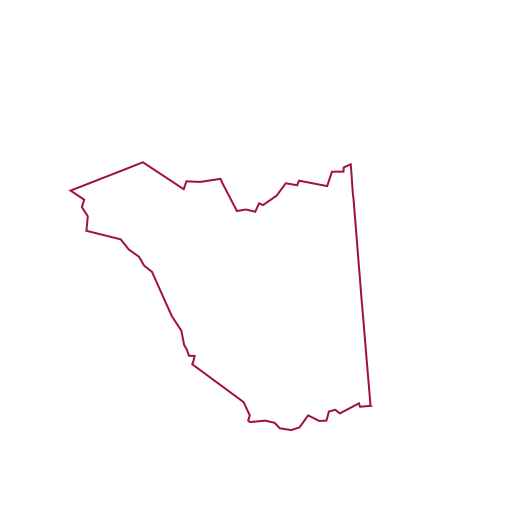 Columbus, North Carolina, United States of America (Robinson projection), rotated 220°
{"feature_id": "52423323B52623684418934", "entity_name": "Columbus", "entity_type": "district", "adm_level": 2, "iso_a3": "USA", "parent_name": "United States of America", "parent_adm1": "North Carolina", "projection": "robinson", "projection_center": [-78.658, 34.215], "detail": "fine", "context": "isolated", "style": "outline", "palette": "rose", "viewbox_px": 512, "rotation_deg": 220, "n_neighbors": 0, "source": "geoboundaries", "source_scale": "gbopen_adm2", "svg_char_len": 1130}
<svg xmlns="http://www.w3.org/2000/svg" viewBox="0 0 512 512"><g transform="rotate(220 256 256)"><path d="M71.9,214.9L72.0,214.9L102.5,245.6L115.5,258.7L137.2,280.6L145.4,288.8L151.5,294.9L159.3,302.9L177.0,320.8L184.1,328.0L194.1,338.2L217.3,361.7L218.2,362.7L221.2,365.3L237.5,382.2L241.9,386.6L242.4,387.1L245.7,380.2L243.2,376.8L252.0,369.4L246.4,355.3L271.4,341.4L270.0,336.6L279.9,330.9L279.0,315.4L283.4,299.5L287.5,298.3L285.0,289.4L293.4,285.3L299.6,278.2L327.8,289.9L332.8,292.3L346.3,276.9L357.3,268.5L354.3,260.7L402.8,255.1L403.0,254.9L413.4,235.7L424.2,216.1L425.2,214.1L440.1,186.9L423.8,188.7L420.8,181.5L410.4,178.3L402.1,166.3L370.3,181.8L357.7,179.2L345.1,180.2L335.4,176.7L325.5,177.0L282.0,155.9L265.2,150.8L255.4,142.9L253.9,141.7L253.5,141.5L252.8,141.3L251.7,140.9L248.5,139.6L243.2,136.5L238.8,140.0L235.8,134.0L235.4,132.2L233.3,132.2L171.6,136.1L158.3,129.9L156.2,124.9L153.9,124.9L143.0,135.9L134.4,140.2L127.0,139.3L117.1,145.3L112.5,152.7L113.6,167.4L101.5,170.3L96.2,175.2L100.2,183.7L96.4,189.2L90.6,189.3L82.4,209.3L79.4,207.4L71.9,214.9Z" fill="none" stroke="#9f1239" stroke-width="2"/></g></svg>